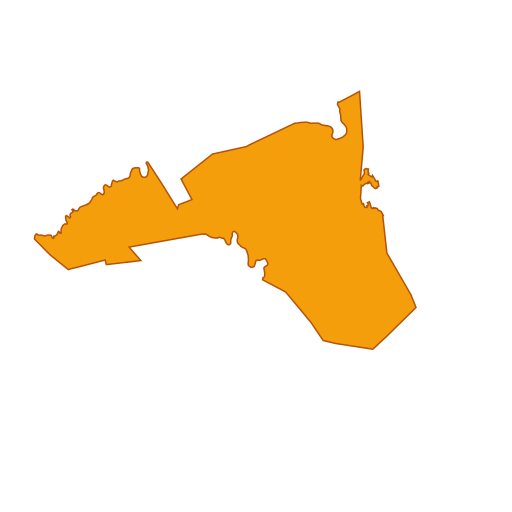 San Gabriel Mixtepec, Oaxaca, Mexico, rotated 147°
{"feature_id": "50627088B96439239090131", "entity_name": "San Gabriel Mixtepec", "entity_type": "district", "adm_level": 2, "iso_a3": "MEX", "parent_name": "Mexico", "parent_adm1": "Oaxaca", "projection": "equal_earth", "projection_center": [-97.031, 16.061], "detail": "fine", "context": "isolated", "style": "filled", "palette": "amber", "viewbox_px": 512, "rotation_deg": 147, "n_neighbors": 0, "source": "geoboundaries", "source_scale": "gbopen_adm2", "svg_char_len": 6157}
<svg xmlns="http://www.w3.org/2000/svg" viewBox="0 0 512 512"><g transform="rotate(147 256 256)"><path d="M147.2,138.7L144.6,187.3L127.7,220.9L127.2,220.6L126.8,225.0L127.7,226.7L128.4,227.7L128.5,227.7L128.6,228.9L128.4,229.7L128.8,230.1L129.1,230.6L129.3,230.8L129.6,231.3L129.9,231.5L130.5,231.2L131.0,232.5L131.8,232.2L131.9,232.6L132.9,232.7L133.0,234.3L132.0,236.9L131.4,239.7L133.6,240.0L133.4,238.9L134.5,237.4L135.6,237.8L136.0,237.0L135.9,236.6L136.9,236.4L137.1,236.6L137.2,236.8L138.1,237.5L138.1,238.4L138.0,240.4L137.9,240.9L137.6,241.2L137.4,241.1L137.4,241.5L138.6,242.2L137.1,247.3L129.3,257.7L129.2,256.9L127.5,256.5L127.1,257.0L125.4,257.0L124.4,257.1L123.5,256.5L123.2,256.0L122.8,255.9L122.9,256.2L122.7,256.6L122.3,256.9L120.3,256.7L121.4,255.7L119.9,254.8L120.6,252.3L120.4,251.2L120.2,250.8L120.0,250.1L119.9,249.4L119.3,247.6L119.1,247.5L118.2,247.5L118.1,247.4L118.0,247.2L116.9,247.1L116.8,247.9L116.0,248.0L114.9,247.7L112.9,252.5L113.1,252.8L113.9,252.6L114.2,252.9L114.5,253.1L114.7,253.6L114.6,254.0L114.4,260.2L115.8,259.2L117.6,263.0L117.5,263.3L117.3,263.3L117.3,263.7L116.4,263.8L116.2,265.2L115.9,265.8L115.6,266.3L114.3,267.6L114.7,267.9L114.9,268.2L115.5,268.8L115.6,269.1L117.3,269.6L117.5,269.4L118.0,269.6L118.7,269.1L120.0,266.3L125.9,263.2L127.1,262.7L127.5,262.5L107.9,287.5L106.3,289.8L79.5,337.7L97.5,339.2L102.5,339.7L103.2,340.5L103.9,340.1L104.7,339.3L105.0,338.9L105.2,338.0L105.2,337.4L105.4,335.8L105.5,333.6L106.0,333.1L106.6,332.3L107.3,331.1L107.4,330.5L108.6,327.4L109.1,326.7L110.9,323.4L111.0,321.4L110.8,320.1L110.5,319.5L110.3,317.7L110.2,316.7L110.2,315.0L110.5,313.6L112.2,310.8L113.6,309.5L114.5,309.2L115.3,308.9L115.9,308.9L116.4,308.8L118.2,308.5L120.1,308.7L121.4,309.0L122.3,309.0L123.5,309.6L124.9,309.8L125.7,310.2L126.2,311.0L126.9,312.1L127.1,312.7L127.3,314.3L127.2,315.1L126.7,315.7L126.1,316.3L125.5,316.9L124.4,317.6L123.3,319.1L122.9,320.0L122.6,321.0L122.7,322.0L122.8,323.0L123.2,323.9L124.8,325.9L125.2,326.4L126.0,326.8L126.8,327.8L127.8,328.6L129.1,329.8L129.9,331.1L130.6,332.6L132.1,334.0L134.2,335.3L135.5,336.2L136.5,336.7L137.9,337.7L138.8,338.6L140.1,340.2L141.5,341.3L142.4,341.7L145.3,343.4L146.4,343.9L150.3,345.6L150.9,346.2L200.8,352.8L204.4,353.0L220.4,359.0L236.9,365.2L275.1,361.6L275.7,361.1L276.3,361.4L276.9,361.5L279.0,338.2L292.9,341.1L296.2,338.4L295.6,369.2L295.6,371.0L295.6,393.7L296.2,394.2L297.0,394.2L297.6,393.6L297.7,392.7L297.5,391.7L297.9,390.8L298.3,388.7L298.8,388.2L298.9,387.4L299.4,386.4L300.2,385.8L300.8,385.2L301.4,384.6L301.9,383.9L303.2,382.8L303.8,382.5L304.5,382.3L305.2,382.3L306.1,382.4L307.0,383.1L307.6,383.4L308.0,384.2L308.5,384.8L308.4,386.6L308.1,388.0L307.9,388.9L307.5,389.8L307.4,390.7L307.0,391.4L306.3,392.1L306.1,392.9L306.3,393.9L307.7,394.7L308.3,395.2L308.8,395.3L309.3,395.9L310.2,396.1L312.0,396.6L312.5,396.2L313.6,395.8L314.1,395.1L315.1,394.7L315.6,394.4L316.6,393.4L317.4,392.4L318.0,391.8L318.4,391.5L319.4,391.0L320.6,390.9L321.7,391.1L323.8,391.9L324.7,392.1L325.5,392.2L326.3,392.2L326.9,392.1L327.7,392.5L328.2,392.6L330.1,393.6L330.8,393.7L331.6,393.6L332.3,393.8L332.6,394.4L332.9,395.0L333.5,395.6L333.8,396.1L334.4,397.3L335.6,397.0L336.2,396.5L336.8,395.9L337.3,395.6L337.5,395.2L338.5,394.5L339.2,393.4L339.9,393.3L341.0,393.5L341.9,394.2L342.3,395.4L342.6,396.7L343.1,397.3L343.6,397.7L344.0,397.8L344.5,397.8L345.2,397.6L346.8,396.3L347.3,395.2L347.5,394.2L348.2,392.7L348.6,392.2L348.8,391.7L349.1,391.3L349.9,391.3L350.4,390.7L350.9,390.7L351.6,391.3L352.1,392.2L352.3,393.1L352.9,394.4L353.8,395.1L355.7,394.8L356.1,394.4L356.9,394.2L357.7,394.1L358.7,394.2L359.6,394.3L360.6,394.3L361.6,393.9L362.3,393.1L363.4,392.6L364.2,392.2L365.3,392.0L365.9,391.3L366.4,391.1L367.6,391.3L368.2,391.1L368.6,391.1L369.1,391.5L369.7,391.1L372.3,391.9L376.6,392.7L377.6,392.6L379.6,391.7L380.4,391.1L381.1,391.1L382.2,391.7L382.8,392.3L383.5,393.4L383.6,394.4L384.2,395.2L385.1,395.1L385.2,393.8L384.8,393.1L385.4,392.7L386.9,392.6L387.9,392.7L388.6,392.5L389.4,391.9L389.8,391.4L390.1,390.0L390.6,389.5L391.5,389.3L391.7,390.0L391.8,390.8L392.3,391.4L392.8,393.0L393.4,393.2L393.8,393.1L394.7,392.2L395.1,391.3L395.3,390.5L396.0,389.3L396.0,388.6L396.2,387.8L396.2,386.9L396.5,386.0L397.1,385.7L398.8,387.0L400.3,387.0L401.4,386.8L404.1,385.3L404.9,384.5L405.5,383.7L406.5,382.4L406.7,381.5L407.3,381.5L407.9,381.7L408.1,382.9L407.9,383.8L408.3,384.3L410.7,382.8L411.7,382.2L412.9,382.3L413.5,382.2L414.3,382.3L414.6,382.8L415.0,382.7L415.2,381.9L415.7,381.2L416.5,381.3L417.0,382.0L416.9,382.9L416.6,384.1L416.7,385.2L417.2,385.7L417.8,385.9L418.4,386.5L418.9,386.7L419.6,387.2L420.3,387.3L421.5,387.5L422.4,387.9L423.1,388.8L423.7,389.5L424.5,390.0L425.0,390.8L425.9,391.1L427.2,392.3L427.7,393.7L428.3,394.2L428.9,394.0L429.4,393.6L430.3,393.5L431.5,392.1L432.1,391.6L432.5,390.8L428.1,369.2L420.8,346.8L419.4,346.5L410.3,343.3L384.7,334.8L386.2,330.3L355.1,314.9L357.6,332.6L288.6,303.5L288.3,303.0L287.8,302.7L287.6,302.4L286.9,302.2L286.3,301.9L285.9,301.5L285.8,301.0L285.7,300.4L284.9,299.1L284.4,297.9L283.4,296.2L282.2,294.9L280.2,293.1L279.1,292.6L278.9,292.2L278.6,292.0L277.2,291.9L276.7,291.8L276.1,291.0L275.5,290.6L275.2,289.9L274.6,289.3L274.4,289.0L273.9,288.8L273.5,288.4L273.4,285.9L273.7,284.3L273.9,282.9L273.7,281.7L272.9,280.2L272.2,280.0L270.4,280.3L269.6,281.4L268.9,282.6L267.8,283.8L267.1,284.2L266.2,285.0L265.3,285.5L264.5,286.3L264.0,287.5L263.3,288.2L262.3,288.7L261.5,288.9L260.9,288.5L260.4,287.6L260.0,286.7L259.8,285.3L259.8,284.1L260.0,283.1L261.4,281.1L262.4,280.4L263.3,279.2L264.1,277.6L264.3,276.7L263.9,275.0L263.6,273.7L263.4,272.2L262.9,271.0L261.6,269.1L260.9,267.6L260.8,266.5L262.2,260.9L264.4,256.9L266.5,254.3L267.5,252.4L266.7,249.7L265.1,248.5L263.1,248.3L260.9,250.0L258.8,252.0L257.4,252.0L255.2,250.3L253.2,249.9L251.0,249.6L249.7,248.7L249.7,245.7L250.0,243.5L251.3,242.1L252.9,242.1L254.8,242.2L256.0,241.6L256.7,239.9L257.9,237.2L259.2,235.0L261.1,233.7L262.3,233.9L263.4,232.4L250.7,209.6L246.1,170.6L245.7,148.5L236.8,139.2L208.8,114.2L191.0,117.3L149.8,125.7L147.3,138.7L147.2,138.7Z" fill="#f59e0b" stroke="#b45309" stroke-width="1.5"/></g></svg>